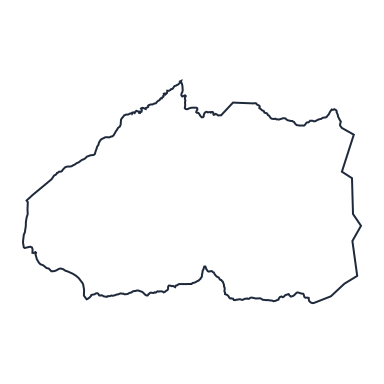 the district of Porto Walter, Acre, Brazil
{"feature_id": "56859067B75974716553917", "entity_name": "Porto Walter", "entity_type": "district", "adm_level": 2, "iso_a3": "BRA", "parent_name": "Brazil", "parent_adm1": "Acre", "projection": "robinson", "projection_center": [-72.774, -8.451], "detail": "fine", "context": "isolated", "style": "outline", "palette": "slate", "viewbox_px": 384, "rotation_deg": 0, "n_neighbors": 0, "source": "geoboundaries", "source_scale": "gbopen_adm2", "svg_char_len": 5992}
<svg xmlns="http://www.w3.org/2000/svg" viewBox="0 0 384 384"><path d="M180.8,82.2L179.3,83.3L178.3,84.4L177.0,85.0L175.9,85.7L174.5,86.1L173.7,87.1L173.2,88.1L172.3,89.0L171.1,89.1L170.5,89.9L169.6,90.5L168.7,90.8L167.2,90.7L167.2,92.0L167.0,93.0L165.5,94.4L164.9,93.4L163.8,93.8L164.1,94.9L163.3,95.7L163.5,96.6L162.2,97.5L161.8,98.4L161.0,98.2L160.2,99.0L159.5,100.2L158.4,100.7L157.2,101.6L155.9,103.3L154.5,103.5L152.3,104.5L150.7,104.4L149.9,104.8L148.9,105.1L148.1,105.7L148.2,106.9L147.2,107.5L145.8,108.0L145.7,109.0L142.7,107.8L141.8,108.0L141.0,108.5L141.7,109.6L141.8,110.7L141.4,111.8L140.3,111.6L140.0,113.0L139.1,112.9L139.1,111.6L137.8,111.4L136.3,110.8L135.5,111.8L134.7,113.0L134.0,112.3L132.9,112.8L132.2,113.7L131.9,112.8L130.9,113.5L129.8,113.6L128.5,114.4L127.4,114.6L126.2,114.5L125.2,115.0L124.2,115.3L123.7,116.1L121.6,118.6L121.0,119.8L120.7,124.4L119.9,126.5L118.7,127.4L118.0,128.0L117.5,128.7L117.0,129.9L116.2,130.8L113.6,135.3L112.3,136.4L111.1,136.5L110.3,137.0L109.1,137.4L107.0,137.2L105.2,137.3L104.0,138.0L103.2,138.3L101.1,139.4L100.5,140.1L99.3,142.0L98.7,143.5L98.5,144.8L97.7,145.8L96.9,147.3L96.7,148.3L96.4,149.3L95.8,150.7L94.8,154.1L93.9,154.8L92.5,155.1L90.4,155.3L86.8,156.7L85.4,158.2L84.5,158.8L83.5,159.4L82.3,159.7L81.1,160.5L78.6,162.4L76.8,163.1L74.5,164.7L73.2,165.2L71.9,166.1L70.3,166.5L67.9,166.5L66.3,166.8L65.0,167.4L63.2,169.3L62.6,170.0L61.9,171.1L60.9,171.6L59.0,171.7L58.1,172.6L56.9,173.0L56.4,174.1L55.5,174.9L54.6,175.2L53.9,175.8L51.7,179.1L32.6,195.0L26.6,200.5L27.8,202.2L27.5,209.2L27.7,214.1L26.6,217.6L25.9,221.9L25.8,226.0L24.9,232.2L23.8,234.8L23.1,240.8L23.0,242.5L23.8,247.3L24.7,248.0L30.2,246.7L31.9,247.4L32.6,249.3L32.4,252.8L33.4,253.1L35.4,252.1L36.1,252.8L35.5,254.2L36.8,259.1L38.9,262.7L40.5,264.3L43.2,265.3L46.6,268.1L48.7,268.5L51.4,271.3L54.4,271.1L56.2,270.4L59.1,268.8L60.8,268.5L63.1,269.2L65.7,270.9L67.1,271.2L72.7,273.7L75.8,275.6L78.8,278.2L82.6,283.2L83.2,284.7L84.1,290.0L83.9,295.6L86.6,299.3L87.6,298.9L89.8,297.3L90.8,296.2L91.4,294.9L94.6,294.3L95.9,293.4L97.3,293.2L98.3,293.8L99.1,295.3L100.4,295.6L101.3,295.2L102.6,295.6L103.6,296.3L106.9,296.9L107.6,296.2L110.0,296.1L111.4,295.5L112.4,295.8L113.9,295.5L115.4,295.1L116.7,294.5L118.1,294.4L119.6,293.7L120.7,293.4L122.0,293.7L123.3,293.6L124.4,294.3L127.0,294.1L128.2,293.7L129.3,293.0L131.6,292.4L132.5,291.6L133.3,291.2L135.8,290.9L137.0,290.5L138.3,290.5L142.2,291.9L143.4,292.9L145.4,294.9L146.6,295.5L147.8,295.4L148.3,294.3L149.1,293.9L149.7,293.1L150.9,292.6L152.5,292.9L153.7,293.0L154.6,292.3L155.8,292.6L156.7,291.8L157.6,291.3L158.8,291.6L159.9,291.3L161.3,291.3L162.6,291.6L163.8,292.4L165.1,291.7L166.1,290.8L167.3,290.2L168.0,289.2L168.1,288.1L168.1,286.8L168.8,285.6L170.3,285.6L171.8,286.2L173.0,285.9L174.0,286.5L175.2,287.1L175.5,286.1L176.2,285.4L177.2,285.3L178.6,284.2L179.5,284.1L191.6,284.0L192.5,283.0L193.8,282.8L194.9,282.5L197.0,281.3L198.6,280.6L199.4,279.7L200.4,279.0L200.9,277.9L201.6,277.2L201.9,276.2L202.0,274.4L202.4,273.1L202.7,270.5L203.4,269.6L203.7,268.3L204.3,266.5L205.4,266.5L206.1,268.6L206.8,269.8L207.8,271.2L208.8,271.6L211.1,271.1L212.0,271.2L212.8,272.1L213.6,272.4L214.3,273.3L214.7,274.3L215.6,275.4L216.9,276.7L218.7,277.5L219.5,278.9L220.4,279.9L221.3,280.0L221.8,280.9L222.7,281.5L223.6,283.8L224.0,285.2L224.0,286.6L224.6,287.5L224.7,289.2L224.4,291.4L225.1,292.6L225.0,294.1L226.1,294.5L227.4,295.1L228.4,296.1L229.4,297.8L230.3,298.5L231.4,298.3L232.2,298.7L233.1,298.7L233.8,300.0L235.2,300.1L236.4,299.7L237.3,299.7L239.8,299.2L242.2,299.9L243.2,299.6L244.7,298.8L246.0,298.8L247.0,298.4L248.0,298.9L249.0,298.8L249.8,298.1L250.7,297.7L252.0,297.6L255.7,298.5L260.3,298.3L263.1,299.9L264.4,299.9L266.4,300.2L268.0,300.0L269.0,300.3L272.2,300.6L273.5,301.2L274.8,301.0L275.9,300.7L276.7,300.2L277.6,300.0L278.5,299.6L278.8,298.4L280.0,297.0L281.6,296.5L282.6,297.2L283.7,296.8L285.0,295.4L286.0,294.9L288.6,294.1L289.4,295.3L290.8,296.6L292.0,296.3L293.0,296.0L294.2,295.2L296.3,293.0L297.2,292.5L298.6,292.6L300.5,293.3L301.7,293.6L303.2,293.8L303.9,295.0L304.1,296.2L304.5,297.1L305.6,297.8L307.1,297.6L308.7,297.9L308.8,299.6L309.2,301.0L310.3,302.1L311.2,302.7L312.3,303.1L313.8,303.0L330.9,296.3L344.4,283.7L357.2,275.9L352.4,241.0L361.0,225.8L353.0,214.0L352.0,178.2L341.9,171.7L353.8,134.7L341.8,127.9L340.4,126.0L340.0,125.1L340.2,123.8L340.8,121.5L339.8,120.0L339.0,118.5L337.9,116.1L337.9,115.1L336.6,112.1L336.7,111.1L336.1,110.2L334.3,109.2L332.9,109.9L331.7,109.5L330.0,111.9L329.3,113.3L328.7,114.5L327.5,115.7L326.8,116.8L325.8,117.4L323.1,117.7L322.0,118.3L321.1,118.9L319.9,119.1L317.8,119.8L315.2,121.2L313.7,121.3L312.8,120.8L310.2,120.7L309.1,121.9L308.3,122.4L307.2,122.4L306.4,122.8L305.1,124.7L304.0,125.6L301.0,125.5L300.0,125.6L296.7,125.1L295.6,124.2L294.8,123.2L294.2,122.1L293.1,121.6L292.3,121.0L291.0,121.0L287.9,120.3L286.7,119.7L285.4,118.4L283.3,118.2L278.7,119.6L277.7,119.3L276.3,119.3L275.5,118.7L273.9,119.0L272.3,118.8L271.4,118.6L270.6,117.9L269.0,115.6L267.9,115.1L267.2,113.6L266.0,113.0L265.1,112.9L264.3,112.5L264.0,111.3L263.1,110.7L262.1,110.4L261.3,109.5L260.4,108.9L259.3,108.0L259.8,106.8L259.4,105.9L258.6,105.3L257.7,105.0L256.7,104.2L256.0,103.3L254.6,103.2L253.5,103.4L233.0,102.6L221.1,115.3L219.5,115.3L218.2,115.5L216.6,114.3L215.5,113.9L214.7,114.6L213.7,114.8L213.3,114.0L213.3,112.7L212.6,112.0L211.5,112.0L210.8,112.6L209.9,112.0L207.8,112.4L207.0,111.9L205.9,111.9L204.6,113.0L204.1,114.2L203.7,115.4L203.7,116.5L203.0,117.2L201.7,117.3L200.3,115.8L199.1,113.7L198.3,112.9L197.0,112.8L196.2,112.1L196.6,110.9L197.4,109.5L197.2,108.2L196.2,107.7L192.3,107.7L190.9,107.8L189.3,108.3L187.7,109.1L185.8,109.1L184.8,108.2L185.2,105.3L185.1,103.5L185.0,102.1L185.4,100.6L184.9,99.0L184.9,97.6L185.8,96.1L185.0,95.3L182.3,96.5L181.4,95.5L181.4,94.0L181.8,93.0L182.3,92.1L182.7,90.5L182.5,86.8L182.2,84.8L181.7,83.2L180.8,82.2ZM180.8,82.2L181.2,80.9L180.1,81.4L180.8,82.2Z" fill="none" stroke="#1e293b" stroke-width="2"/></svg>